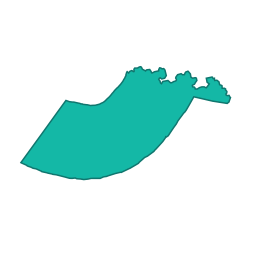 outline of Jarra East, Lower River, Gambia, rotated 36°
{"feature_id": "56634734B99377934241318", "entity_name": "Jarra East", "entity_type": "district", "adm_level": 2, "iso_a3": "GMB", "parent_name": "Gambia", "parent_adm1": "Lower River", "projection": "robinson", "projection_center": [-15.258, 13.452], "detail": "fine", "context": "isolated", "style": "filled", "palette": "teal", "viewbox_px": 256, "rotation_deg": 36, "n_neighbors": 0, "source": "geoboundaries", "source_scale": "gbopen_adm2", "svg_char_len": 2858}
<svg xmlns="http://www.w3.org/2000/svg" viewBox="0 0 256 256"><g transform="rotate(36 128 128)"><path d="M61.8,219.0L68.0,217.7L68.5,217.9L69.6,217.7L72.7,216.7L74.8,216.4L77.8,215.0L79.4,214.7L83.3,213.9L83.9,214.0L87.1,212.6L88.7,211.9L89.7,211.6L93.5,209.9L94.4,209.7L97.5,208.0L106.6,204.4L107.5,204.1L110.3,203.0L112.4,201.6L114.8,199.4L115.1,199.4L116.3,199.2L119.5,197.2L122.5,195.7L125.8,192.7L127.7,190.5L135.1,185.1L137.0,181.8L139.1,179.8L139.9,178.5L140.5,177.7L144.4,172.4L147.8,168.4L148.7,167.8L152.9,160.0L153.2,159.6L156.0,153.2L157.2,150.4L157.2,149.2L158.8,142.0L160.3,139.3L162.7,131.6L162.7,130.1L163.0,128.5L163.3,125.8L164.1,118.3L164.0,113.4L163.8,113.1L164.2,113.1L165.1,110.7L164.9,106.5L164.7,101.0L164.7,97.1L164.7,96.3L164.2,92.9L164.3,83.1L164.6,81.8L164.6,79.5L164.1,74.6L162.9,64.1L166.8,62.4L180.7,56.5L193.8,49.8L194.3,47.9L194.4,47.7L193.0,43.1L192.4,43.1L190.6,42.2L189.2,43.5L187.9,43.6L187.2,42.7L187.3,41.6L186.5,40.3L184.5,39.9L184.1,39.1L182.8,39.1L180.8,40.5L179.5,38.9L179.1,38.5L178.4,38.6L176.8,39.1L176.6,39.1L175.9,38.4L174.4,37.2L171.9,37.1L171.2,37.6L170.2,38.6L169.4,37.9L168.7,37.0L168.1,37.9L167.8,38.0L166.6,37.3L166.1,37.3L165.0,38.5L162.1,41.7L165.1,44.5L167.8,44.6L167.8,47.3L167.7,49.4L166.6,49.8L165.5,49.9L163.6,51.3L162.3,53.0L162.0,53.5L161.1,55.8L159.4,56.9L158.8,56.3L157.7,55.9L156.7,56.4L156.1,56.7L155.1,55.9L155.0,55.4L156.0,53.6L156.0,52.9L155.8,51.7L155.8,49.1L154.0,47.5L153.6,47.5L152.8,47.8L150.9,49.8L148.9,49.8L146.7,47.6L143.5,46.8L143.1,46.8L141.8,48.8L141.8,49.8L142.3,51.7L140.7,52.9L139.1,52.8L136.8,55.7L136.8,58.4L137.2,59.6L138.4,60.1L139.0,60.8L139.0,61.8L137.6,63.7L136.8,65.6L136.7,65.7L135.8,66.4L132.4,66.1L128.8,69.9L129.0,71.6L129.0,72.0L129.0,72.5L127.9,72.5L126.4,71.3L124.3,70.6L124.1,69.2L124.7,68.4L125.5,68.5L126.0,68.5L126.5,68.5L128.4,66.2L128.2,63.1L123.8,59.4L122.4,59.0L121.9,59.0L120.8,60.1L119.2,60.2L118.2,60.8L118.5,62.6L119.2,63.8L116.4,66.9L115.7,68.3L115.4,69.0L114.7,69.5L113.4,68.7L111.2,67.9L109.3,69.6L108.8,70.2L108.7,71.5L105.1,72.0L103.3,71.0L102.5,70.9L102.3,70.9L101.7,71.5L101.3,72.0L100.7,73.3L100.5,73.9L98.2,75.6L98.2,76.6L98.4,77.2L99.5,78.3L99.6,78.9L99.0,79.3L97.9,79.2L97.1,79.5L96.2,81.1L96.2,83.1L94.2,82.9L94.2,83.7L94.5,84.6L94.7,85.1L94.9,85.9L95.5,86.7L95.7,88.2L96.0,89.4L96.1,91.2L96.4,93.4L96.3,97.8L96.2,97.9L95.9,100.9L95.9,101.2L95.6,102.0L95.1,105.6L95.1,107.1L95.0,108.5L94.9,108.9L94.8,111.6L94.7,112.8L94.7,113.3L93.9,117.2L93.7,118.7L93.6,119.3L93.3,120.6L92.8,122.0L91.8,123.7L91.3,124.7L91.0,125.4L90.0,126.6L88.5,128.4L88.1,128.9L87.3,129.5L85.4,131.0L84.6,131.8L83.4,132.3L81.7,133.0L80.9,133.5L77.5,135.4L76.9,135.4L75.5,136.3L74.8,136.3L72.4,137.4L69.1,138.8L67.6,139.8L65.2,141.1L61.6,142.2L61.6,142.3L61.6,158.0L61.7,181.4L61.7,219.0L61.8,219.0Z" fill="#14b8a6" stroke="#0f766e" stroke-width="1.5"/></g></svg>